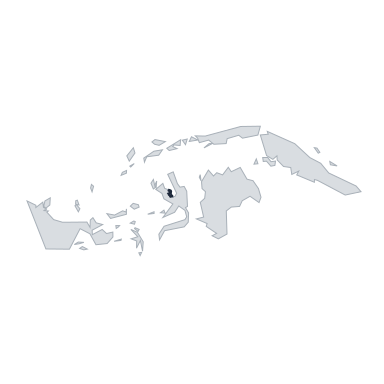 Kolaka Utara, Sulawesi Tenggara, Indonesia shown in context, rotated 158°
{"feature_id": "22746128B11198700179718", "entity_name": "Kolaka Utara", "entity_type": "district", "adm_level": 2, "iso_a3": "IDN", "parent_name": "Indonesia", "parent_adm1": "Sulawesi Tenggara", "projection": "natural_earth1", "projection_center": [121.032, -3.263], "detail": "fine", "context": "in_parent", "style": "filled", "palette": "slate", "viewbox_px": 384, "rotation_deg": 158, "n_neighbors": 0, "source": "geoboundaries", "source_scale": "gbopen_adm2", "svg_char_len": 5401}
<svg xmlns="http://www.w3.org/2000/svg" viewBox="0 0 384 384"><g transform="rotate(158 192 192)"><path d="M133.8,157.1L139.8,166.3L148.7,165.1L153.3,160.8L161.2,163.3L167.3,161.6L175.3,139.9L185.1,138.7L189.7,143.9L184.7,144.4L191.7,154.8L189.8,157.1L198.0,165.4L190.6,164.4L188.2,179.3L182.6,181.4L179.4,187.3L181.4,191.4L179.3,198.0L168.6,206.2L166.1,198.8L161.8,200.6L157.2,196.4L149.1,201.3L148.0,196.1L138.1,196.7L136.2,183.3L131.2,179.6L129.1,170.3L130.0,161.3L133.8,157.1ZM35.2,129.0L51.1,131.8L71.3,155.8L73.8,157.7L74.9,155.2L88.5,168.6L85.2,171.4L92.9,170.9L91.3,177.7L97.6,181.4L101.0,189.8L99.7,193.7L104.8,192.0L109.2,197.8L107.3,219.3L99.7,217.0L99.5,220.0L78.6,198.3L69.8,179.7L61.9,170.4L58.1,158.4L37.6,136.1L35.2,129.0ZM348.8,193.9L348.3,245.5L341.7,238.2L342.6,236.1L334.1,238.5L335.5,233.4L333.2,230.7L334.1,230.3L335.4,230.5L336.2,230.2L332.3,228.2L334.1,227.6L330.6,218.2L323.3,212.4L300.7,203.5L299.8,197.4L296.8,204.1L293.5,205.3L292.4,199.3L287.0,195.3L298.9,194.0L300.4,189.8L289.3,190.9L286.8,185.5L280.4,184.5L282.2,179.9L290.0,176.0L300.8,179.1L302.3,191.5L309.5,199.9L327.1,184.9L348.8,193.9ZM238.5,165.3L230.7,170.7L208.9,169.0L206.2,171.0L205.4,177.6L209.5,184.0L215.7,179.7L228.5,179.3L214.2,188.1L220.6,196.2L220.4,201.9L224.6,208.0L215.8,210.9L216.0,205.6L211.0,201.1L212.1,195.0L209.4,194.3L206.7,196.6L207.9,217.5L201.9,217.7L202.4,205.2L201.3,201.0L197.2,200.1L196.6,194.7L201.6,180.3L203.9,180.0L203.0,173.9L206.8,165.4L212.3,162.6L231.9,166.4L240.0,159.8L238.5,165.3ZM109.6,220.1L125.0,223.0L127.4,227.1L139.4,228.3L142.2,224.1L153.9,228.1L157.1,233.9L166.7,235.0L166.6,239.9L167.9,242.8L158.8,238.9L122.3,234.5L104.0,227.4L109.6,220.1ZM258.0,166.4L264.5,160.7L261.6,167.3L266.0,171.4L259.0,170.8L262.7,180.2L257.7,175.1L255.9,164.1L260.0,155.7L258.0,166.4ZM261.2,195.9L277.4,198.0L279.0,203.8L272.4,199.6L263.3,200.5L260.7,198.2L259.1,200.9L261.2,195.9ZM224.0,241.5L212.0,244.1L203.6,242.2L209.1,238.6L220.8,241.6L224.9,237.5L224.0,241.5ZM189.6,237.8L197.6,239.0L199.0,242.0L183.0,244.7L185.6,239.6L191.1,242.4L192.9,241.4L189.6,237.8ZM238.6,244.1L238.9,249.9L229.8,255.0L230.3,249.5L238.6,244.1ZM109.2,186.4L111.4,192.7L114.5,193.6L113.5,197.5L108.9,195.6L107.4,190.5L103.0,189.4L105.2,185.6L109.2,186.4ZM331.7,238.8L325.6,239.7L328.7,233.2L333.4,231.8L334.9,234.2L331.7,238.8ZM205.0,247.6L208.8,250.3L210.4,253.4L206.7,254.5L197.8,248.7L205.0,247.6ZM252.0,197.7L254.5,202.0L250.8,203.5L246.5,200.3L246.7,197.8L252.0,197.7ZM167.1,238.0L175.6,239.9L171.8,243.4L167.1,238.0ZM180.3,238.3L181.6,243.7L176.6,242.9L180.3,238.3ZM124.1,194.6L120.0,198.6L120.3,193.5L124.1,194.6ZM304.8,216.2L305.7,223.1L303.8,223.4L302.2,218.5L304.8,216.2ZM164.4,228.4L157.9,230.5L155.2,229.3L164.4,228.4ZM226.7,209.3L226.8,215.5L223.1,218.1L224.5,209.8L226.7,209.3ZM47.7,161.8L53.5,165.4L52.8,168.7L47.7,161.8ZM62.0,187.3L59.7,185.9L58.6,180.9L60.4,180.7L62.0,187.3ZM282.4,236.7L281.1,234.2L284.6,229.6L284.5,233.7L282.4,236.7ZM276.0,173.7L282.7,175.5L275.2,174.8L276.0,173.7ZM235.2,186.3L241.4,188.0L234.6,187.9L235.2,186.3ZM223.8,212.3L220.6,215.4L223.5,209.8L223.8,212.3ZM310.5,178.3L314.0,178.9L317.3,181.8L314.1,182.5L310.5,178.3ZM251.5,234.0L249.2,236.3L244.6,236.5L245.8,234.0L251.5,234.0ZM304.5,224.3L303.0,227.5L301.4,227.4L301.6,222.3L304.5,224.3ZM260.9,186.3L256.8,186.9L255.7,185.8L257.4,183.7L260.9,186.3ZM311.1,185.8L316.1,186.3L320.8,187.4L316.2,188.2L311.1,185.8ZM224.9,182.5L229.0,184.6L224.8,185.7L224.9,182.5ZM264.1,155.5L261.3,154.9L263.9,152.5L264.1,155.5ZM234.9,240.0L239.5,238.1L240.0,239.3L234.9,240.0ZM275.9,186.6L275.2,189.4L271.7,188.0L273.5,187.1L275.9,186.6ZM179.7,203.0L177.9,205.0L179.4,199.0L179.7,203.0ZM256.8,175.7L259.0,179.6L258.2,180.2L255.0,177.1L256.8,175.7Z" fill="#d9dde1" stroke="#a8b0b8" stroke-width="1"/><path d="M213.5,202.2L213.5,201.9L213.4,201.8L213.3,201.7L213.2,201.6L213.1,201.4L212.9,201.2L212.7,200.9L212.6,200.7L212.8,200.6L212.9,200.4L212.7,200.3L212.6,200.2L212.7,199.9L212.8,199.9L212.8,199.7L212.9,199.4L213.0,199.3L213.0,199.2L213.3,199.0L213.3,198.9L213.5,198.7L213.7,198.8L213.8,198.9L213.9,199.2L214.0,199.4L214.1,199.5L214.3,199.7L214.6,199.8L214.8,199.7L214.7,199.6L214.7,199.3L214.7,198.9L214.8,198.7L214.8,198.3L214.8,198.2L214.7,198.1L214.6,197.9L214.4,197.7L214.5,197.6L214.4,197.5L214.3,197.4L214.3,197.2L214.2,196.8L214.2,196.7L214.1,196.4L214.2,196.2L214.1,195.8L214.1,195.6L214.0,195.4L213.9,195.4L213.7,195.5L213.4,195.6L213.3,195.8L213.2,195.8L213.1,195.7L212.9,195.5L212.7,195.4L212.4,195.2L212.3,195.3L212.2,195.3L211.9,195.5L211.7,195.6L211.8,195.8L211.7,195.8L211.7,195.7L211.8,195.7L212.0,195.8L212.0,195.7L212.0,195.4L212.1,195.5L212.1,195.8L212.2,196.0L212.2,195.9L212.3,195.8L212.3,196.0L212.4,196.4L212.4,196.5L212.2,196.6L212.3,196.7L212.2,196.7L212.3,196.7L212.2,196.7L212.3,196.8L212.2,196.8L212.3,196.8L212.3,197.0L212.4,196.9L212.4,197.0L212.4,196.9L212.4,197.0L212.2,197.3L212.2,197.2L212.1,197.3L212.2,197.5L212.1,197.8L212.2,198.0L212.2,198.3L212.2,198.5L212.3,198.6L212.2,198.6L211.9,198.8L211.7,199.0L211.5,199.3L211.5,199.5L211.4,199.6L211.2,199.8L211.1,200.0L210.9,200.3L210.9,200.9L210.9,201.0L211.0,201.0L211.0,201.3L211.2,201.5L211.1,201.4L211.1,201.5L211.3,201.6L211.3,201.8L211.5,201.9L211.6,202.0L211.8,202.3L212.0,202.4L212.0,202.5L212.3,202.6L212.4,202.8L212.5,202.9L212.9,202.5L213.1,202.5L213.3,202.3L213.5,202.2Z" fill="#64748b" stroke="#1e293b" stroke-width="1.5"/></g></svg>